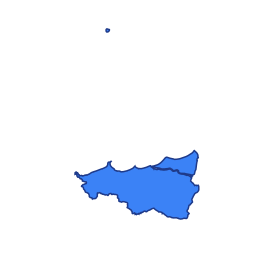 Takua Pa, Phangnga, Thailand (orthographic projection), rotated 77°
{"feature_id": "78962969B86019353442573", "entity_name": "Takua Pa", "entity_type": "district", "adm_level": 2, "iso_a3": "THA", "parent_name": "Thailand", "parent_adm1": "Phangnga", "projection": "orthographic", "projection_center": [98.301, 8.816], "detail": "fine", "context": "isolated", "style": "filled", "palette": "blue", "viewbox_px": 256, "rotation_deg": 77, "n_neighbors": 0, "source": "geoboundaries", "source_scale": "gbopen_adm2", "svg_char_len": 5892}
<svg xmlns="http://www.w3.org/2000/svg" viewBox="0 0 256 256"><g transform="rotate(77 128 128)"><path d="M225.8,104.0L226.4,100.9L227.0,100.1L227.1,99.5L227.7,99.0L228.5,97.4L228.6,96.7L228.7,95.2L228.5,94.2L228.8,92.8L229.3,91.7L229.2,91.0L229.0,90.7L227.8,89.8L227.1,89.5L226.3,89.4L225.8,88.5L225.0,87.7L223.2,88.9L222.8,89.1L222.0,89.1L221.1,88.5L220.8,88.0L220.2,87.5L219.3,87.1L218.5,86.6L217.5,86.2L217.1,86.0L216.8,84.7L216.2,84.4L215.9,83.4L215.1,82.6L214.8,81.9L214.4,81.8L212.3,81.9L211.8,81.8L208.3,79.0L207.9,78.4L207.1,77.9L206.5,76.6L206.3,75.4L206.1,74.9L205.3,73.8L204.5,73.1L203.7,72.8L201.3,72.3L200.7,72.2L199.6,72.4L199.6,74.0L199.3,74.0L199.0,74.7L198.9,75.5L199.1,75.9L196.3,77.1L196.2,77.4L193.8,78.9L192.6,78.4L191.1,77.3L191.0,77.5L190.4,77.7L190.2,77.4L189.1,78.5L187.8,79.8L187.4,80.5L187.5,81.2L187.0,82.0L185.8,83.8L185.4,84.6L185.2,85.7L184.2,87.7L183.7,88.4L182.8,89.2L181.6,89.2L180.8,89.8L180.5,90.5L180.5,93.0L180.3,93.7L179.9,94.3L178.4,95.1L177.8,95.9L177.5,96.4L177.3,97.3L177.4,99.7L177.0,102.8L176.4,104.2L176.1,105.4L175.6,106.2L175.1,107.3L174.7,108.6L175.0,108.7L174.6,109.9L174.7,110.0L174.3,110.4L173.4,111.8L173.7,112.0L173.3,112.1L172.4,113.0L171.9,113.3L171.1,114.2L170.0,114.4L169.8,114.6L169.8,115.3L170.4,118.8L170.6,121.8L170.6,124.1L170.0,126.4L170.1,126.7L169.9,127.1L169.7,127.1L168.6,128.7L168.0,129.2L167.1,129.8L166.7,129.8L168.0,131.8L168.4,132.5L169.2,136.0L169.3,137.6L169.5,138.0L169.5,142.3L169.2,144.4L168.7,145.4L168.2,145.6L167.6,147.7L167.7,148.1L167.3,148.7L167.2,148.6L166.6,149.7L165.8,150.6L164.5,150.8L164.2,151.3L163.8,151.5L162.9,152.4L162.1,152.9L160.8,153.5L160.4,153.6L159.4,153.6L158.0,153.4L157.6,153.1L156.7,151.9L156.6,152.0L157.0,152.8L157.1,153.7L156.9,154.6L157.1,155.1L157.5,155.4L158.3,155.8L159.0,155.9L160.8,157.4L160.9,157.7L161.5,159.9L161.9,162.0L162.0,162.1L161.9,162.9L162.7,168.5L162.9,171.3L163.1,171.8L163.0,172.1L163.1,173.0L163.4,174.2L164.2,176.1L164.2,176.9L164.7,178.4L164.6,178.9L164.4,178.9L164.3,179.1L164.3,179.4L164.5,179.9L164.2,180.4L164.4,181.1L164.6,182.9L164.5,183.0L164.3,183.1L164.2,183.6L163.8,183.8L163.8,184.4L163.6,185.8L163.4,186.0L162.8,186.0L162.7,186.4L162.1,186.6L161.8,186.9L161.5,186.8L161.3,187.0L160.6,187.1L160.4,187.3L160.2,187.3L160.2,188.1L159.5,188.3L159.6,188.5L159.4,188.6L159.5,188.7L159.5,189.0L159.9,189.1L160.0,189.3L159.9,189.6L160.3,189.7L160.3,189.8L160.6,189.8L161.2,190.0L161.1,189.3L161.3,188.8L161.8,188.6L162.3,188.4L163.3,188.5L164.5,188.1L164.7,187.8L164.6,187.4L164.8,186.9L165.8,186.3L166.2,186.2L166.7,186.0L166.9,185.7L166.9,185.1L167.9,184.3L168.2,184.2L169.1,184.4L169.5,184.3L169.9,183.1L170.4,182.8L171.2,180.8L172.1,180.8L172.7,181.2L172.6,182.2L173.0,182.8L172.9,183.2L173.1,184.1L173.0,184.6L173.6,185.3L173.7,185.9L174.0,186.2L174.4,186.4L174.7,186.2L175.1,185.4L175.8,185.0L176.2,184.9L177.4,185.0L178.8,184.2L180.8,183.9L181.4,183.2L181.7,182.4L182.2,182.1L182.9,181.2L184.8,180.9L185.9,181.1L186.2,181.1L187.2,180.5L187.8,179.3L187.8,179.0L189.2,178.7L188.9,178.1L189.3,177.1L189.2,176.5L189.4,175.6L189.1,174.9L187.5,173.2L186.1,173.0L185.4,172.5L184.7,172.6L184.5,172.4L184.4,172.2L184.7,171.1L184.6,170.5L184.6,170.0L185.6,169.4L185.8,169.1L185.8,168.5L186.1,168.4L186.7,167.9L186.8,167.4L187.0,167.1L187.1,166.7L187.9,165.6L188.2,165.2L188.1,164.4L188.5,163.5L189.2,162.8L189.2,162.6L188.3,161.6L187.9,161.1L187.9,159.4L189.1,158.8L189.2,157.9L189.0,157.6L189.0,157.3L189.6,156.4L190.0,154.9L190.6,153.9L191.0,153.5L191.4,153.3L191.9,153.4L193.5,153.9L193.8,153.9L194.4,153.2L194.8,153.0L195.6,153.0L197.1,153.3L197.4,153.2L197.8,152.8L197.9,152.1L198.4,151.6L198.7,151.2L198.8,150.7L198.5,149.9L198.9,148.4L200.4,145.8L200.8,145.4L201.5,145.3L202.3,145.5L202.7,145.9L203.8,145.7L204.4,146.0L205.1,146.7L205.4,146.7L206.5,145.4L206.8,145.2L207.0,144.8L207.3,144.7L208.8,143.3L209.6,143.3L210.2,142.8L211.9,143.1L212.4,142.9L212.5,142.6L212.5,142.0L212.2,140.8L212.9,140.4L213.5,140.5L213.3,140.0L213.8,140.1L214.0,139.8L214.0,139.7L213.8,139.6L214.1,139.3L213.9,139.2L213.9,138.5L214.2,137.7L214.1,137.4L213.9,137.2L214.0,137.1L213.8,137.1L213.7,136.8L214.1,136.3L214.1,135.9L214.0,135.5L214.0,135.0L213.8,135.0L213.9,134.8L213.6,134.8L213.4,134.6L213.6,134.4L213.6,134.2L213.3,133.7L213.3,133.2L213.5,132.9L213.2,132.3L213.2,132.0L212.7,131.1L212.8,130.2L213.5,129.5L213.7,129.0L213.7,128.5L213.4,128.0L212.9,126.7L212.8,125.5L212.9,125.2L212.5,124.6L212.4,123.8L212.1,123.2L212.0,122.3L212.0,120.8L213.3,120.0L214.6,118.9L215.7,117.6L216.8,116.9L216.9,116.6L216.8,116.1L216.8,115.9L217.9,113.9L218.2,113.8L219.2,113.9L219.0,113.1L219.2,112.7L220.8,111.6L222.2,110.3L223.1,109.8L223.7,108.9L223.7,107.8L224.4,106.4L225.4,105.2L225.4,104.6L225.8,104.0ZM170.1,66.0L168.9,66.2L167.5,66.7L164.9,68.5L165.1,68.9L165.8,69.6L166.7,70.9L168.4,75.7L168.9,77.8L169.5,83.3L169.6,84.9L169.4,87.6L169.0,89.8L168.4,90.7L166.9,93.9L165.3,96.5L165.1,97.3L165.6,98.6L167.0,100.4L168.5,102.7L169.4,104.3L169.8,105.4L170.3,106.6L170.5,107.9L170.8,111.3L170.7,113.0L170.8,113.2L171.0,112.9L171.2,112.3L171.8,111.6L172.3,110.5L172.7,110.0L174.1,106.5L175.3,104.6L175.7,103.6L176.0,102.2L176.5,98.3L176.5,96.6L176.8,95.8L178.5,94.1L179.5,93.6L179.8,93.2L179.9,92.6L179.7,90.2L179.8,89.5L180.5,89.2L180.7,88.5L180.9,88.4L181.4,88.4L182.0,88.7L182.4,88.7L183.8,87.3L184.1,86.5L185.0,83.1L185.6,82.0L187.5,77.6L188.2,76.4L188.3,75.6L188.2,74.7L187.9,73.8L187.5,73.5L185.0,72.3L183.7,71.2L178.7,69.4L176.5,68.5L175.5,67.9L175.2,68.1L174.9,67.9L174.4,67.9L173.9,67.7L173.3,67.3L172.9,66.4L172.7,66.2L172.3,66.2L171.8,66.5L171.4,66.2L170.1,66.0ZM28.4,127.5L29.0,127.5L29.6,127.2L29.8,126.6L29.8,125.7L29.2,124.6L28.9,124.3L28.1,124.0L27.9,124.0L27.7,124.3L27.4,125.0L26.8,125.9L26.7,126.6L27.2,127.2L28.4,127.5ZM188.7,77.6L189.3,76.9L189.4,76.1L189.3,75.9L189.1,75.9L188.5,76.9L188.7,77.6Z" fill="#3b82f6" stroke="#1e3a8a" stroke-width="1.5"/></g></svg>